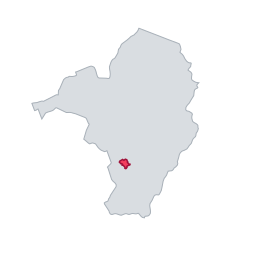 location of Aweil South, Northern Bahr el Ghazal, South Sudan, rotated 250°
{"feature_id": "79223893B68307976822083", "entity_name": "Aweil South", "entity_type": "district", "adm_level": 2, "iso_a3": "SSD", "parent_name": "South Sudan", "parent_adm1": "Northern Bahr el Ghazal", "projection": "natural_earth1", "projection_center": [27.717, 8.666], "detail": "fine", "context": "in_parent", "style": "filled", "palette": "rose", "viewbox_px": 256, "rotation_deg": 250, "n_neighbors": 0, "source": "geoboundaries", "source_scale": "gbopen_adm2", "svg_char_len": 3876}
<svg xmlns="http://www.w3.org/2000/svg" viewBox="0 0 256 256"><g transform="rotate(250 128 128)"><path d="M197.1,196.3L190.5,204.0L190.1,204.4L189.3,205.1L186.6,205.1L183.8,204.7L181.3,202.7L178.7,204.2L177.1,204.7L176.1,204.9L173.8,205.1L170.6,206.0L169.1,207.0L168.3,207.8L167.7,209.3L167.3,209.5L166.7,209.3L165.9,208.7L164.2,207.8L163.3,205.9L162.5,204.8L161.8,204.2L159.1,206.1L157.8,206.5L156.7,206.5L154.7,205.4L152.5,204.5L151.4,204.5L149.7,205.6L147.8,207.3L146.8,209.0L146.3,210.0L145.6,208.5L145.0,207.5L144.0,207.1L142.2,207.5L141.8,207.0L141.7,205.7L141.4,204.4L140.9,203.5L139.5,202.6L135.9,200.8L133.0,197.1L131.6,195.4L130.6,194.3L129.1,191.4L127.5,189.4L125.4,188.5L124.1,189.0L122.7,191.1L120.1,193.1L118.9,193.2L117.4,192.1L115.5,191.3L112.1,191.0L110.6,191.9L108.8,193.5L107.2,194.4L106.2,194.5L105.3,194.1L104.3,193.9L103.4,193.9L101.5,192.5L100.6,191.5L100.0,190.5L98.9,189.8L97.7,189.2L96.8,188.4L96.4,187.3L95.7,185.8L94.8,184.6L92.0,182.3L91.2,180.9L90.6,179.6L89.5,178.2L88.2,176.2L87.8,173.4L87.8,171.1L87.5,170.1L87.0,169.0L86.4,168.1L85.4,167.1L83.1,165.6L80.8,163.9L79.6,162.9L77.5,162.6L76.2,161.6L75.1,159.5L74.7,157.8L73.6,156.4L73.1,155.5L72.9,154.4L73.7,151.0L72.5,149.8L70.6,148.2L69.3,146.5L68.5,145.0L66.1,142.9L60.9,139.8L57.9,137.9L56.2,136.1L54.8,134.4L54.7,133.7L55.6,131.9L55.7,130.5L55.0,129.0L51.9,126.0L49.4,122.8L47.5,121.8L43.0,120.9L41.7,120.5L40.3,119.9L39.0,118.4L38.5,116.7L39.2,113.9L38.7,113.1L38.0,112.8L38.2,112.3L39.1,110.9L40.5,110.1L44.2,108.7L44.4,108.2L44.5,106.4L44.8,105.6L46.1,103.2L46.3,102.2L46.3,100.2L46.5,99.3L46.9,98.6L47.9,97.4L48.3,96.7L48.4,95.1L48.3,92.0L48.9,90.8L51.2,88.0L51.9,86.7L52.1,85.6L52.1,84.5L52.2,83.3L52.9,82.3L53.5,81.9L55.2,81.6L56.4,81.8L64.7,79.9L65.7,80.1L66.1,81.3L66.1,83.1L66.2,84.0L66.7,84.6L68.0,85.5L68.9,86.9L69.4,87.4L70.7,88.4L76.9,96.7L78.6,97.5L80.3,97.2L83.6,95.5L85.3,95.0L97.0,95.5L98.3,95.3L100.2,99.4L101.1,100.4L113.9,100.4L113.7,99.3L113.8,97.9L116.1,95.4L116.4,95.1L118.4,93.9L120.3,93.1L124.1,92.1L125.4,90.6L126.2,89.3L126.2,86.6L126.7,86.1L127.6,85.5L131.9,83.1L132.6,82.6L140.2,88.2L144.5,92.6L144.8,92.8L145.0,92.9L145.4,92.6L145.9,92.4L147.7,92.3L151.2,92.1L152.3,91.5L159.3,83.6L161.0,81.1L161.5,80.6L162.5,78.8L163.5,75.7L163.7,75.3L171.3,67.9L171.6,67.3L171.6,66.8L170.5,64.3L170.2,63.1L170.2,61.1L170.4,58.1L170.3,56.1L170.2,55.6L165.9,50.1L176.6,50.0L176.6,49.3L176.6,49.1L176.3,48.4L176.2,47.6L176.2,47.1L176.3,46.6L176.3,46.4L176.3,46.2L184.0,46.1L183.9,47.6L183.0,51.3L183.0,53.5L182.8,56.0L182.6,56.7L182.2,57.3L182.0,57.6L182.0,57.9L183.7,71.8L183.6,72.4L183.2,73.3L183.1,73.5L183.0,73.8L186.8,75.4L186.9,75.5L187.1,75.6L188.4,77.4L195.4,84.0L195.6,84.4L196.4,86.4L196.4,86.8L196.5,87.3L196.5,87.6L196.3,88.9L196.3,89.4L196.5,89.8L196.6,90.2L196.6,90.4L196.5,90.7L195.5,93.1L195.1,94.8L195.0,96.2L195.1,97.1L195.2,97.6L195.3,97.8L198.5,97.9L198.4,98.7L198.9,111.2L198.9,112.6L198.8,114.4L198.4,115.1L197.6,116.1L196.5,117.0L193.8,117.3L191.5,117.2L189.9,117.0L187.7,116.9L185.7,117.1L184.9,117.9L182.2,124.6L181.3,126.3L181.1,127.2L181.4,127.8L182.5,128.7L184.8,129.8L187.5,130.5L189.5,130.8L190.9,131.2L191.9,131.5L195.8,134.6L197.0,136.0L197.7,137.2L197.9,138.6L198.4,139.9L201.9,144.1L205.2,146.0L206.5,148.3L207.7,149.3L208.9,150.5L209.5,152.2L211.0,157.3L212.0,159.9L213.0,162.1L213.4,165.6L214.2,167.1L215.0,169.0L216.3,170.8L217.8,172.1L218.0,172.4L203.7,188.8L197.1,196.3Z" fill="#d9dde1" stroke="#a8b0b8" stroke-width="1"/><path d="M98.6,116.0L99.6,114.8L99.0,113.1L100.3,112.2L99.7,108.9L98.9,108.2L96.8,109.1L96.8,109.7L96.0,110.4L95.6,110.4L95.7,109.9L95.1,109.7L94.4,110.8L92.5,111.6L91.7,111.6L91.2,111.3L90.7,111.7L90.6,112.5L91.5,113.7L92.4,113.9L92.8,115.7L92.6,116.0L92.8,117.3L93.3,117.5L93.8,116.5L95.2,116.1L95.5,115.7L95.9,115.7L96.5,116.2L97.1,116.0L98.6,116.0Z" fill="#f43f5e" stroke="#9f1239" stroke-width="1.5"/></g></svg>